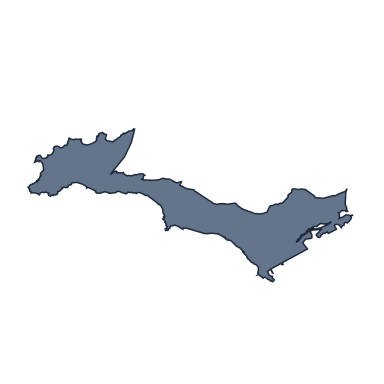 East Mahe, Anse Royale, Seychelles, rotated 112°
{"feature_id": "34574756B49819614716360", "entity_name": "East Mahe", "entity_type": "district", "adm_level": 2, "iso_a3": "SYC", "parent_name": "Seychelles", "parent_adm1": "Anse Royale", "projection": "natural_earth1", "projection_center": [55.513, -4.728], "detail": "fine", "context": "isolated", "style": "filled", "palette": "slate", "viewbox_px": 384, "rotation_deg": 112, "n_neighbors": 0, "source": "geoboundaries", "source_scale": "gbopen_adm2", "svg_char_len": 6017}
<svg xmlns="http://www.w3.org/2000/svg" viewBox="0 0 384 384"><g transform="rotate(112 192 192)"><path d="M153.3,35.0L154.7,35.7L154.5,37.3L155.5,40.7L158.7,42.8L161.6,45.7L159.9,45.7L158.8,46.7L157.4,46.9L156.4,48.3L155.6,47.3L153.9,46.7L152.8,45.7L152.9,45.1L152.2,44.3L152.0,43.3L152.4,41.7L151.6,40.5L150.4,42.0L148.9,42.5L146.0,45.4L134.3,49.4L130.8,49.4L134.0,50.1L138.1,54.6L141.3,57.4L142.2,58.4L142.3,59.6L143.1,60.7L148.5,67.5L151.1,75.6L149.9,76.9L147.2,87.8L148.5,92.5L149.8,94.0L151.1,99.6L152.9,100.3L154.1,99.6L155.3,99.6L158.0,101.5L159.2,101.8L160.2,101.0L161.6,101.4L168.5,104.1L169.6,106.2L171.2,107.6L171.7,109.5L174.8,112.8L175.1,113.9L177.0,114.7L182.9,114.9L185.7,118.7L187.7,122.5L187.7,123.9L188.5,125.3L188.9,138.7L187.5,144.6L186.1,147.2L186.6,148.7L190.2,154.6L190.9,158.3L192.8,162.3L194.1,164.2L194.6,167.3L190.2,189.2L189.3,191.3L190.5,196.1L190.9,200.1L190.3,203.0L190.5,205.7L186.4,205.7L189.3,209.8L188.5,217.7L189.7,221.2L190.2,224.3L193.1,227.3L195.8,232.6L199.0,241.5L198.5,241.8L198.9,243.2L197.2,242.5L195.1,242.9L194.2,242.1L193.5,244.1L195.3,248.1L197.1,250.2L197.2,251.5L198.5,252.5L200.0,255.0L200.4,256.9L201.0,257.7L201.3,260.2L200.6,261.4L200.8,261.9L199.6,263.2L200.5,264.0L202.4,269.0L201.1,269.4L201.0,270.0L201.6,271.1L206.4,274.4L184.8,267.8L168.6,266.8L155.2,268.7L155.3,269.7L157.7,270.7L159.4,273.7L160.3,273.9L161.3,275.0L161.8,274.9L162.7,276.3L163.3,276.5L163.2,277.7L164.6,277.9L165.8,279.2L167.6,279.2L170.1,281.1L172.0,282.0L173.1,283.3L173.7,283.0L174.6,284.1L175.1,284.0L176.3,290.2L175.4,292.2L170.9,292.8L171.1,295.6L170.7,295.7L170.4,297.4L171.0,297.6L171.4,298.8L172.7,300.1L173.4,299.8L174.5,300.2L174.7,299.7L175.4,300.3L175.9,299.9L176.1,301.2L177.1,300.7L178.6,300.7L179.4,299.6L181.6,300.5L184.7,303.1L187.2,306.0L188.0,307.7L188.4,311.6L186.9,313.6L186.4,313.5L186.0,314.6L184.9,314.1L184.4,314.7L186.0,317.7L186.5,319.7L187.1,320.2L187.8,321.8L188.4,323.8L188.4,324.5L188.0,324.9L188.1,326.1L189.0,326.3L190.6,325.5L191.8,326.0L193.3,325.9L193.6,325.4L195.7,325.6L196.1,327.3L198.1,328.3L198.5,328.1L200.3,330.2L199.8,333.9L201.2,336.4L203.1,336.8L204.4,336.4L204.9,335.5L207.0,335.6L209.9,336.2L211.6,338.3L211.7,339.5L213.3,339.4L213.5,338.9L214.3,339.3L215.6,340.7L216.8,343.0L216.7,343.8L214.9,346.5L215.5,347.9L216.4,348.9L217.6,349.4L218.1,349.3L218.0,348.8L219.3,349.5L219.8,348.8L221.2,349.3L221.8,348.8L222.2,349.0L222.1,348.5L223.0,348.7L220.9,346.7L220.6,346.3L221.2,345.1L220.1,344.7L220.0,343.9L221.4,341.5L222.6,340.3L227.2,337.8L231.3,339.4L233.2,339.0L233.2,338.3L233.8,338.0L235.2,338.7L236.9,338.4L237.6,339.3L238.2,338.9L238.5,339.2L238.8,338.8L239.6,340.1L240.4,339.1L241.0,340.4L243.5,341.9L243.6,342.5L244.2,342.7L245.8,344.5L248.6,345.3L249.3,344.8L249.3,345.3L250.5,343.8L250.4,343.4L251.0,343.4L252.1,342.5L252.0,341.6L253.2,341.0L253.0,340.1L252.4,339.7L251.3,335.5L251.9,332.6L251.3,332.3L250.1,332.5L249.2,332.0L248.2,330.3L247.9,328.8L246.8,327.5L246.9,324.2L248.0,324.4L248.8,323.6L248.9,321.7L247.5,320.9L247.1,319.2L246.2,319.0L246.0,317.7L244.5,316.1L242.7,316.1L242.0,316.6L240.2,314.6L238.0,314.2L237.6,313.5L236.9,314.1L236.4,313.1L235.5,312.8L235.2,310.5L234.4,310.2L234.3,309.1L231.5,308.6L231.0,307.8L231.0,307.1L230.2,306.6L228.8,307.0L226.3,302.7L225.8,296.7L226.3,292.8L226.7,291.1L227.3,291.5L227.9,291.2L226.7,290.2L227.1,282.0L227.3,281.5L227.7,281.8L228.3,281.2L228.7,279.9L227.4,276.2L226.4,275.6L224.4,272.7L223.8,269.2L224.2,268.8L223.6,266.6L222.1,264.6L222.0,263.5L219.2,261.0L218.7,259.6L218.8,256.4L218.3,253.2L218.6,252.9L217.7,251.8L216.0,251.3L215.8,249.3L214.8,247.5L215.0,246.5L214.2,244.3L214.2,243.1L213.5,243.2L212.4,241.0L212.0,239.1L212.6,233.3L211.8,232.4L215.0,220.6L216.1,218.2L215.7,217.9L216.2,216.2L217.4,214.4L219.3,212.5L222.2,211.1L222.5,210.3L224.5,208.5L224.9,208.8L225.3,208.3L225.8,208.8L225.9,208.4L226.9,208.1L227.5,208.9L228.2,208.8L228.2,207.8L229.1,206.0L230.0,205.9L229.7,205.6L230.0,205.1L231.2,204.4L231.8,203.4L232.9,203.6L233.5,201.9L234.3,202.1L235.0,201.7L235.8,202.9L236.3,202.4L236.7,202.8L237.4,202.4L237.6,201.9L236.8,201.5L236.9,200.5L235.9,199.8L235.0,200.0L233.8,199.0L231.6,199.2L230.1,196.4L229.1,195.9L229.0,192.8L230.0,186.5L229.2,186.8L227.7,184.4L225.8,164.4L225.0,163.6L225.2,162.7L224.0,160.3L223.5,160.1L223.1,159.2L221.3,152.9L221.2,150.7L222.2,144.1L221.6,144.7L221.5,144.2L222.9,143.5L222.7,141.9L223.1,140.9L223.4,140.9L222.7,139.8L222.6,137.6L225.6,130.5L226.0,126.6L227.8,122.4L228.4,122.7L229.2,121.1L227.3,120.8L229.3,121.0L231.1,117.0L231.9,116.2L232.2,116.4L233.0,115.2L232.9,114.9L235.0,110.3L234.7,109.7L235.5,107.3L235.4,105.4L236.4,102.8L238.8,101.3L242.4,100.8L243.2,99.7L244.2,100.1L243.5,99.2L244.2,97.6L244.5,95.0L245.1,94.8L245.4,94.0L244.1,92.9L243.7,91.8L243.9,90.4L244.7,89.2L244.3,86.8L245.2,86.0L244.7,85.1L245.1,83.9L243.8,82.9L242.9,83.3L242.6,82.9L241.5,85.4L240.0,85.9L240.5,87.0L240.2,89.4L237.3,92.1L234.2,90.2L236.9,87.1L236.8,86.6L233.9,90.1L225.1,82.9L225.7,81.4L225.1,80.4L223.6,81.8L201.6,63.6L197.7,70.3L193.2,69.1L190.5,64.4L189.4,63.7L186.4,65.1L185.4,66.3L184.7,68.3L183.9,68.4L184.0,67.4L182.3,66.1L179.5,60.8L178.0,58.9L177.4,59.1L177.5,58.4L178.1,58.1L180.1,59.2L181.9,59.3L184.7,60.9L185.8,60.3L186.7,58.4L186.4,56.8L185.1,56.0L183.4,56.1L182.4,55.2L181.1,54.8L180.3,53.1L178.4,51.8L179.3,50.0L172.4,44.1L169.7,47.5L168.5,47.1L167.4,44.8L167.3,43.7L169.6,39.2L168.6,41.0L165.5,38.5L164.7,39.2L163.4,38.9L162.5,38.0L162.5,36.4L160.1,35.2L157.3,34.6L155.9,34.8L155.3,35.6L153.5,34.5L153.3,35.0ZM167.2,51.8L169.4,52.5L171.4,53.9L177.3,59.6L179.8,63.4L181.5,67.3L182.6,68.4L187.5,70.4L191.2,73.1L197.8,75.1L199.2,76.2L199.1,76.5L198.1,76.4L197.8,77.1L198.1,75.9L197.5,75.5L196.7,76.3L193.8,74.8L190.9,74.6L187.4,71.0L186.0,71.3L182.7,70.2L182.3,69.1L181.5,68.7L181.6,68.3L180.6,67.4L180.2,67.6L179.5,67.0L179.6,66.2L178.9,66.6L177.8,65.1L177.3,63.4L175.7,62.6L175.2,62.7L174.0,61.5L173.1,61.3L171.9,56.4L171.2,56.0L170.4,53.9L167.2,51.8Z" fill="#64748b" stroke="#1e293b" stroke-width="1.5"/></g></svg>